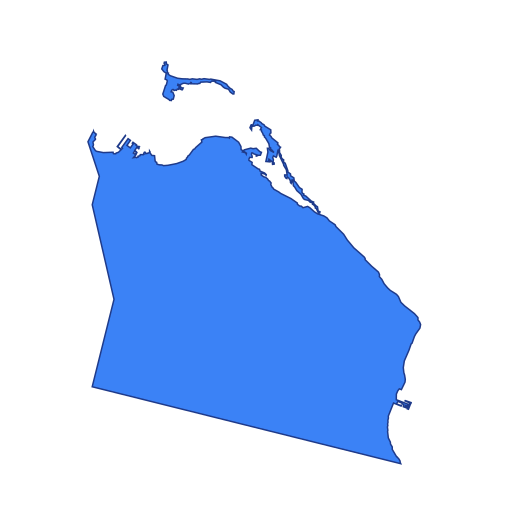 79, Madinat ach Shamal, Qatar (Mercator projection), rotated 14°
{"feature_id": "91078587B50341524344212", "entity_name": "79", "entity_type": "district", "adm_level": 2, "iso_a3": "QAT", "parent_name": "Qatar", "parent_adm1": "Madinat ach Shamal", "projection": "mercator", "projection_center": [51.268, 26.112], "detail": "fine", "context": "isolated", "style": "filled", "palette": "blue", "viewbox_px": 512, "rotation_deg": 14, "n_neighbors": 0, "source": "geoboundaries", "source_scale": "gbopen_adm2", "svg_char_len": 6096}
<svg xmlns="http://www.w3.org/2000/svg" viewBox="0 0 512 512"><g transform="rotate(14 256 256)"><path d="M446.7,422.5L445.8,421.3L445.4,420.1L443.9,418.5L441.3,416.7L441.0,416.8L435.0,410.7L434.4,408.3L432.0,405.9L431.4,404.1L428.4,400.5L426.1,394.4L426.1,393.2L424.9,390.2L424.9,388.4L424.3,387.2L424.3,385.4L423.7,383.6L423.7,381.2L423.1,379.4L425.0,365.4L433.1,366.5L433.2,365.9L432.8,365.8L432.6,366.1L428.1,365.5L428.7,363.2L429.2,362.8L433.4,363.4L433.5,364.1L435.2,364.4L435.4,366.6L437.2,366.8L437.1,364.8L438.2,364.9L438.1,366.9L439.4,367.0L439.3,364.5L440.6,364.7L439.9,367.7L441.0,367.8L441.7,362.1L442.0,361.7L442.0,360.7L435.8,360.2L435.7,360.5L440.9,361.4L440.7,363.2L426.9,361.5L425.6,356.0L426.2,352.4L427.2,350.2L429.4,350.5L431.1,342.3L430.7,339.6L429.0,335.6L427.7,333.5L425.9,328.6L425.3,321.9L427.2,310.5L427.8,303.8L428.5,302.9L429.2,295.7L429.9,292.9L432.5,286.3L432.3,282.7L430.8,280.6L428.5,278.7L428.2,276.9L427.8,276.4L423.7,273.6L412.3,268.5L407.8,265.9L404.0,260.9L401.6,259.2L394.6,256.9L391.4,255.1L387.0,251.9L383.7,248.2L380.7,246.2L380.4,244.3L378.7,242.0L370.6,237.9L362.8,233.2L362.5,232.0L361.4,230.9L348.9,224.4L340.7,218.4L335.8,213.7L326.4,208.1L325.3,206.6L318.7,204.2L315.6,201.8L312.1,200.7L305.5,200.2L301.9,199.0L296.7,196.2L294.1,195.4L289.9,197.8L288.0,196.7L286.2,196.9L283.7,195.8L283.3,194.6L276.0,191.8L264.8,189.3L262.7,188.4L256.9,186.8L256.4,186.1L254.9,185.3L253.0,183.0L253.0,181.5L251.1,180.0L249.9,179.7L248.7,178.5L246.3,177.3L244.5,177.3L241.6,176.3L241.0,174.6L244.3,174.2L246.3,175.2L246.3,174.6L244.3,173.4L239.4,172.6L238.4,171.0L237.1,171.0L229.9,168.4L229.6,166.1L226.0,164.9L225.7,163.7L226.0,161.9L228.4,161.3L228.1,160.1L226.9,158.3L226.9,157.1L227.8,156.8L229.0,157.4L232.6,157.7L232.0,158.3L232.0,158.9L232.6,158.9L233.2,158.0L235.9,157.1L236.2,154.1L234.4,153.8L230.2,151.4L227.2,152.6L224.8,152.6L218.8,155.9L218.6,157.3L221.9,158.6L221.9,159.5L221.0,158.4L217.6,158.3L218.2,157.1L215.8,156.4L214.9,153.4L211.6,149.8L203.9,146.5L201.5,146.8L201.5,148.0L200.9,147.7L197.4,148.5L187.9,149.5L178.0,153.5L176.1,155.3L176.2,155.7L174.9,156.5L175.9,158.6L171.2,165.4L170.6,167.0L169.5,167.7L166.9,174.1L165.6,175.7L165.6,176.8L164.9,177.8L164.9,179.2L162.4,181.7L156.7,185.5L148.6,189.3L144.4,190.7L142.7,190.4L140.4,190.9L137.8,190.9L136.9,189.1L135.8,188.9L135.1,188.1L133.3,183.2L130.5,183.6L128.0,181.3L128.0,180.6L127.4,180.0L127.7,181.3L125.9,182.7L125.5,182.6L124.4,183.4L123.2,182.1L122.6,182.3L122.2,183.7L122.7,184.4L122.3,184.9L119.2,185.6L119.2,186.7L117.4,187.8L117.7,188.5L116.3,189.5L115.4,189.3L113.3,190.2L114.9,187.1L115.4,184.3L115.0,184.1L114.1,186.6L112.1,185.8L112.9,183.5L114.2,183.9L114.3,183.6L112.8,182.9L114.1,179.4L116.3,180.3L116.4,179.9L115.9,179.7L116.5,178.2L116.0,178.0L115.8,178.7L112.9,177.6L113.1,177.0L111.4,176.3L111.2,176.9L111.2,176.3L109.1,175.4L108.7,176.5L109.7,177.0L107.9,181.5L104.0,179.9L106.2,174.2L103.5,173.1L99.5,183.1L100.4,183.8L99.6,185.1L95.3,183.4L100.3,170.8L100.1,170.6L94.9,183.4L99.4,185.5L97.4,188.7L95.4,189.9L95.2,190.7L93.5,191.2L92.8,191.1L92.2,189.9L82.9,192.6L76.1,193.0L74.7,192.6L71.1,189.3L71.4,188.3L71.3,187.1L70.5,185.7L70.3,184.6L72.0,181.7L71.9,181.2L70.9,180.1L70.9,179.0L71.5,177.8L71.2,177.0L71.5,176.4L68.9,175.2L68.3,174.4L68.4,175.2L67.7,175.4L65.3,185.8L84.7,216.6L84.7,245.9L128.7,332.4L128.7,422.5L446.7,422.5ZM224.9,123.4L221.9,124.6L221.3,130.0L220.1,129.7L219.5,130.0L219.1,133.0L221.2,134.8L220.6,131.2L223.0,130.3L224.2,129.1L226.0,128.8L226.0,128.2L230.2,130.0L229.6,132.4L230.8,132.4L231.1,133.6L232.9,135.4L233.8,136.9L235.0,137.2L235.3,138.4L236.8,139.3L241.3,143.9L242.8,147.2L244.0,147.5L244.5,149.0L245.7,149.3L248.4,151.2L244.5,150.2L242.2,148.4L241.0,148.7L242.4,152.3L242.7,161.9L246.9,161.3L246.9,160.7L245.1,160.7L245.1,158.9L249.0,160.7L249.9,163.1L251.4,162.5L251.1,161.3L249.9,161.3L249.6,158.3L248.4,156.5L248.7,154.7L251.7,155.3L252.0,154.1L251.7,148.1L252.3,148.1L254.4,152.9L260.4,160.1L261.0,161.4L264.6,165.0L266.6,169.8L264.2,170.4L264.5,171.6L266.0,173.1L267.2,173.4L267.2,171.6L269.0,172.5L271.1,174.6L271.7,176.4L272.6,177.0L272.6,173.4L273.2,173.4L275.3,178.8L276.8,179.7L279.8,182.7L284.6,185.2L288.1,188.8L289.3,189.4L293.5,189.4L295.3,190.6L298.3,190.9L298.3,192.1L299.5,192.4L301.6,193.9L301.9,195.1L303.1,195.4L305.5,198.4L306.7,199.0L307.5,198.7L307.3,197.5L305.5,197.5L303.7,193.3L302.5,193.0L298.9,190.9L298.9,189.7L296.5,189.4L289.9,185.8L287.5,185.5L287.5,184.3L286.3,184.0L285.2,183.1L284.6,180.1L281.6,179.1L276.8,174.9L275.0,174.0L273.8,171.0L270.2,169.8L269.6,168.0L266.6,166.8L266.3,165.6L261.9,158.9L260.1,158.3L259.5,155.9L258.3,155.6L256.5,154.1L256.2,152.3L253.8,149.9L253.2,147.5L252.6,146.9L253.5,144.5L252.3,144.2L251.1,143.0L249.9,142.7L249.9,140.9L242.8,137.6L241.6,136.3L239.8,135.4L240.1,133.6L240.7,133.0L239.8,130.0L233.2,127.9L232.0,126.7L229.6,126.1L229.0,125.5L226.0,124.3L224.9,124.6L224.9,123.4ZM129.2,101.8L126.8,100.9L126.8,99.7L125.6,99.7L125.3,97.9L124.7,97.3L124.4,91.9L122.6,91.3L122.0,89.5L120.2,90.1L120.2,91.3L121.1,91.9L121.4,93.1L119.6,93.7L119.3,97.3L122.0,99.4L124.7,100.3L125.0,106.4L126.8,106.7L127.6,107.6L127.6,111.8L127.0,112.4L126.4,121.4L127.9,123.5L133.9,125.3L134.5,125.9L136.3,125.6L136.3,124.4L137.8,123.8L137.8,120.2L135.7,117.2L133.9,117.2L134.2,115.4L135.1,114.5L135.7,114.5L136.3,115.1L136.9,115.1L137.5,114.5L138.7,114.5L139.3,113.0L140.5,113.0L140.5,110.6L141.5,110.8L141.7,112.4L144.1,112.7L144.4,112.4L144.7,110.6L142.3,110.9L141.7,109.4L141.1,109.7L138.7,109.4L138.7,108.2L140.5,108.5L143.5,106.1L145.3,105.5L148.9,105.5L149.5,104.9L150.7,104.6L150.7,103.4L151.3,103.4L151.3,104.6L157.9,103.1L158.5,102.5L159.7,102.2L160.3,100.7L166.3,98.9L169.9,98.6L170.5,97.1L174.6,96.2L174.6,97.4L180.6,98.3L183.6,100.1L185.4,100.7L189.0,100.8L191.4,103.2L194.4,104.4L195.3,104.1L195.0,101.7L193.8,101.4L192.6,100.2L190.2,99.5L187.2,97.7L186.0,96.5L178.8,94.7L169.3,95.3L168.1,95.9L162.7,96.5L160.3,97.7L158.5,97.7L156.1,98.9L151.3,99.5L148.9,100.7L147.1,100.7L141.7,101.9L136.9,102.5L129.2,101.8Z" fill="#3b82f6" stroke="#1e3a8a" stroke-width="1.5"/></g></svg>